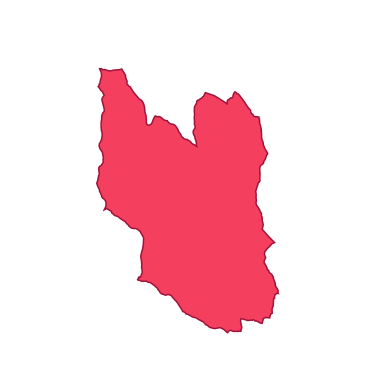 outline of Bunesti, Brasov, Romania, rotated 250°
{"feature_id": "2599482B80312338976993", "entity_name": "Bunesti", "entity_type": "district", "adm_level": 2, "iso_a3": "ROU", "parent_name": "Romania", "parent_adm1": "Brasov", "projection": "robinson", "projection_center": [25.052, 46.093], "detail": "fine", "context": "isolated", "style": "filled", "palette": "rose", "viewbox_px": 384, "rotation_deg": 250, "n_neighbors": 0, "source": "geoboundaries", "source_scale": "gbopen_adm2", "svg_char_len": 6061}
<svg xmlns="http://www.w3.org/2000/svg" viewBox="0 0 384 384"><g transform="rotate(250 192 192)"><path d="M280.8,238.5L278.1,235.8L277.9,234.9L277.0,233.5L276.6,230.9L275.9,229.6L276.3,228.5L276.1,228.1L275.6,227.5L274.6,227.1L273.8,226.4L272.3,224.8L271.6,223.8L271.1,223.4L266.6,221.6L263.9,220.9L261.3,219.6L256.7,218.2L254.9,217.4L252.6,217.4L252.0,217.3L250.5,216.0L249.1,214.1L247.1,213.3L245.4,213.2L243.3,213.5L240.3,213.1L237.6,213.1L236.7,212.9L234.5,212.1L233.3,212.0L234.9,210.9L237.8,208.3L239.4,208.0L240.3,207.6L241.6,206.3L243.1,205.5L243.3,204.7L244.5,202.9L245.0,202.6L245.9,202.3L246.7,201.6L248.2,201.1L250.8,201.0L251.7,200.5L252.9,200.2L254.5,200.2L257.4,199.8L259.9,199.1L260.7,198.7L262.0,197.6L263.0,195.6L263.5,195.0L264.7,194.1L266.2,193.4L267.5,193.2L268.1,191.9L269.7,189.9L271.7,189.1L272.2,188.6L273.2,188.0L274.0,187.3L274.7,184.8L275.9,183.9L276.0,183.4L275.5,182.5L274.5,181.4L271.6,178.9L269.8,177.0L269.4,174.7L269.7,173.7L270.3,173.2L271.1,172.8L271.8,172.6L273.7,173.1L274.8,173.6L279.4,174.9L283.4,175.1L284.9,175.6L285.6,175.7L286.6,176.1L288.5,176.5L292.0,176.7L294.4,176.3L295.1,176.0L295.8,175.6L297.5,174.2L300.5,173.1L305.8,171.2L310.7,170.1L311.6,170.1L313.2,168.7L314.4,168.5L316.0,167.9L316.9,168.1L317.9,168.8L318.5,168.9L321.3,168.8L323.2,169.0L324.0,169.4L324.9,169.4L331.6,168.0L331.7,166.2L332.1,164.2L332.6,162.8L333.3,160.1L333.7,156.7L335.2,154.1L337.0,151.7L337.2,150.5L337.4,150.2L337.8,149.8L339.0,148.9L339.3,147.7L339.5,147.3L338.8,147.2L337.8,147.5L335.2,147.6L331.5,146.5L328.6,144.3L325.3,142.4L325.1,141.7L324.4,141.4L323.4,140.5L323.2,139.9L320.6,140.7L318.6,141.1L316.6,142.3L315.3,142.2L313.8,142.4L313.3,142.7L313.0,142.6L311.8,140.9L311.4,140.2L309.7,138.9L301.0,138.0L298.1,137.3L297.6,136.9L297.2,135.8L296.9,135.4L295.2,133.8L293.7,132.8L291.7,132.2L288.7,130.5L284.7,129.0L281.1,128.0L278.4,127.7L277.1,127.4L274.1,126.0L272.5,125.1L271.9,124.6L269.8,122.5L269.1,121.5L267.0,120.4L265.9,120.3L263.2,120.5L260.5,121.3L259.7,121.3L254.8,120.5L253.9,120.1L252.3,119.3L250.3,118.8L248.1,115.8L247.6,113.7L246.8,112.9L245.3,112.1L244.0,111.9L243.2,111.6L240.4,111.0L240.2,110.8L239.2,109.7L238.5,109.5L237.4,108.6L235.9,107.9L232.6,105.4L228.7,105.4L226.1,105.8L225.1,105.7L224.6,105.4L220.0,105.8L217.9,105.6L216.9,105.9L215.5,106.9L214.9,107.0L214.0,107.5L211.8,107.7L208.7,106.5L207.7,105.9L205.3,103.4L205.4,104.8L205.7,105.4L205.5,106.4L204.6,106.9L203.8,107.7L202.8,108.3L201.7,109.5L201.4,109.6L200.6,109.4L200.0,109.6L199.4,109.6L198.4,110.4L197.1,110.9L196.6,111.3L196.3,111.3L196.0,112.0L195.0,113.0L194.1,114.2L191.2,115.7L190.0,116.9L188.5,117.7L187.7,118.6L187.3,118.9L184.4,119.9L183.2,120.7L181.3,121.2L179.9,122.0L178.6,123.0L177.7,124.5L177.2,126.0L176.9,126.6L176.2,127.5L175.4,128.2L173.6,129.3L171.9,129.9L170.2,130.1L166.3,130.8L165.3,130.7L164.3,130.4L159.0,128.1L155.9,126.4L151.4,123.2L148.9,121.8L144.0,120.8L140.5,119.8L138.2,118.7L136.2,118.5L133.4,117.7L131.6,116.1L130.0,114.9L129.7,114.5L129.7,114.0L130.3,113.4L130.3,113.2L129.8,113.2L129.5,112.9L129.6,112.5L129.4,112.4L129.5,112.2L128.8,111.6L128.5,111.0L127.7,111.1L127.0,112.1L126.7,112.9L125.7,113.7L125.0,115.0L124.7,115.6L124.7,116.4L124.0,117.8L123.8,118.7L122.1,119.9L121.9,120.6L121.2,121.8L117.1,124.6L115.7,125.2L114.1,126.2L112.5,126.6L112.1,126.6L111.6,126.9L109.4,127.5L108.4,127.6L106.7,128.5L105.5,130.2L104.2,131.6L103.9,132.9L104.0,134.1L103.7,134.7L103.3,135.2L103.0,135.8L101.7,137.0L101.1,137.3L99.0,137.9L97.7,138.6L96.3,139.0L94.9,139.7L93.2,140.3L85.2,142.1L82.8,142.4L81.6,144.0L80.0,144.5L79.3,144.8L78.4,146.4L76.9,147.6L76.4,148.3L75.5,148.7L74.7,149.4L73.4,151.1L72.4,152.7L71.9,153.2L70.2,154.3L68.5,155.9L68.4,156.3L67.3,156.8L66.8,157.6L65.9,158.3L62.6,159.5L61.4,160.9L60.1,161.5L58.7,162.4L57.8,163.8L56.8,164.9L55.7,167.2L55.6,168.3L55.1,171.4L54.7,172.2L53.4,173.7L52.3,174.5L51.9,175.0L48.1,176.9L47.6,177.4L48.4,178.4L48.9,179.9L48.9,180.5L48.8,180.9L46.8,183.3L45.0,188.4L44.5,190.5L45.6,190.9L47.4,192.3L49.0,192.7L53.4,193.3L54.7,193.7L56.1,194.5L55.6,195.7L55.0,196.7L52.1,200.5L51.4,203.9L50.8,204.9L50.9,206.0L50.5,206.6L49.9,206.7L49.3,207.1L48.9,207.7L48.9,208.1L48.7,208.5L45.0,211.9L44.5,212.7L44.7,213.0L46.1,214.1L48.6,215.7L49.0,217.7L48.9,218.4L48.6,218.5L48.5,219.1L47.1,221.9L50.2,224.0L50.7,226.0L54.6,227.1L54.9,227.5L56.2,228.3L56.6,228.9L57.1,229.3L63.6,232.1L63.9,232.6L63.9,233.2L64.1,233.4L65.3,233.7L67.2,235.0L67.3,236.0L67.7,236.9L67.5,238.1L67.3,238.3L67.8,238.3L70.2,239.2L72.8,238.9L75.0,238.3L77.7,239.0L83.4,239.0L84.3,239.3L86.4,239.0L87.5,238.6L89.1,237.6L89.2,237.4L89.5,237.2L91.0,237.0L91.4,237.2L92.2,237.2L93.1,236.3L94.5,236.5L95.8,236.5L99.9,235.9L100.6,235.6L101.1,235.7L102.0,236.0L102.8,236.5L103.6,237.2L104.9,238.7L105.3,238.8L107.7,238.7L109.1,238.9L110.0,239.4L111.1,240.3L112.9,243.0L114.8,247.3L116.0,249.3L116.2,251.6L116.2,252.3L124.1,248.7L132.3,245.5L132.7,245.1L136.6,247.6L139.1,248.1L141.3,248.1L142.0,248.6L144.0,249.2L145.7,249.1L147.8,249.8L148.9,249.8L150.2,249.3L151.9,249.5L152.9,249.2L154.1,249.1L157.5,248.2L159.5,248.2L162.2,249.7L164.3,250.1L168.2,251.6L170.7,252.0L175.6,255.7L176.2,256.3L177.8,257.1L178.4,258.8L179.1,259.6L182.0,260.5L185.9,262.2L190.0,263.3L192.0,264.2L193.5,265.7L193.7,266.7L194.4,268.9L195.6,269.6L196.8,270.7L197.3,271.4L198.7,272.9L200.8,274.5L202.2,276.3L203.6,276.2L207.8,275.3L209.4,275.3L210.3,275.2L212.3,275.3L213.3,275.6L214.9,275.8L217.5,275.7L219.6,276.1L222.1,277.0L224.8,277.8L225.2,277.7L226.2,278.3L231.6,279.1L233.3,279.0L235.3,279.8L236.2,279.9L237.2,280.3L238.6,280.1L239.5,280.6L240.6,278.6L240.8,277.9L241.6,276.5L242.6,275.7L244.0,275.8L244.7,275.2L246.4,274.5L249.0,275.0L251.5,273.8L253.3,273.4L254.1,273.1L259.2,272.0L260.9,271.3L261.2,271.4L262.0,271.2L265.2,270.0L266.4,269.9L267.8,269.0L268.4,268.9L268.9,268.2L271.3,266.9L271.4,266.4L269.8,264.4L268.7,263.6L267.6,263.2L266.8,262.3L267.2,260.7L266.5,258.4L266.3,257.4L265.7,256.6L264.9,255.9L262.8,255.1L265.6,253.2L274.9,245.9L280.8,238.5Z" fill="#f43f5e" stroke="#9f1239" stroke-width="1.5"/></g></svg>